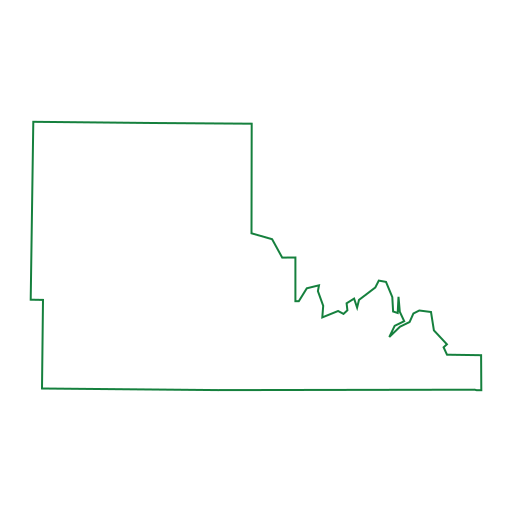 outline of Benson, North Dakota, United States of America
{"feature_id": "52423323B29085159471354", "entity_name": "Benson", "entity_type": "district", "adm_level": 2, "iso_a3": "USA", "parent_name": "United States of America", "parent_adm1": "North Dakota", "projection": "orthographic", "projection_center": [-98.952, 48.109], "detail": "fine", "context": "isolated", "style": "outline", "palette": "green", "viewbox_px": 512, "rotation_deg": 0, "n_neighbors": 0, "source": "geoboundaries", "source_scale": "gbopen_adm2", "svg_char_len": 723}
<svg xmlns="http://www.w3.org/2000/svg" viewBox="0 0 512 512"><path d="M217.8,390.1L474.7,389.7L476.6,390.2L481.3,390.2L481.1,355.2L447.0,354.7L443.6,347.3L446.9,344.3L433.9,330.4L431.0,312.0L419.3,310.5L413.4,313.5L409.6,322.0L400.0,326.7L389.3,337.0L394.7,325.8L404.2,321.2L399.8,311.8L398.5,296.8L397.7,313.0L393.1,311.5L392.3,297.1L386.0,281.9L378.8,280.6L375.3,287.5L359.0,299.9L357.1,307.6L354.1,298.6L346.6,303.3L347.4,310.3L343.5,313.9L338.1,311.0L322.3,317.4L323.2,305.8L317.9,291.1L319.0,285.3L306.8,288.3L298.8,301.2L295.4,301.2L295.4,257.5L282.2,257.6L272.1,239.2L251.5,233.3L251.7,123.7L152.8,123.0L33.3,121.8L30.7,299.7L43.0,299.9L42.0,388.5L217.8,390.1Z" fill="none" stroke="#15803d" stroke-width="2"/></svg>